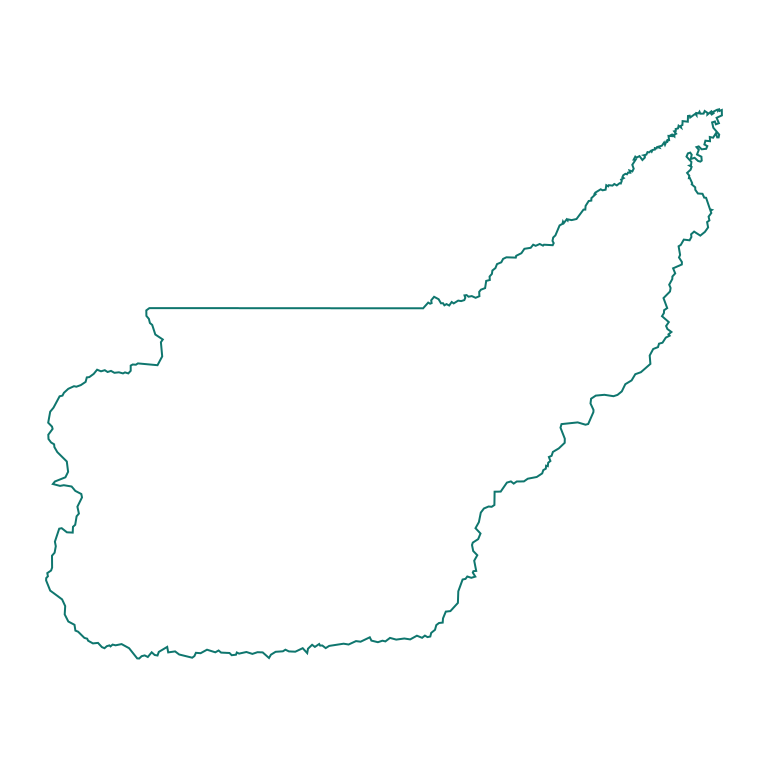 Purus, Ucayali, Peru (Mercator projection)
{"feature_id": "86281439B73301228794049", "entity_name": "Purus", "entity_type": "district", "adm_level": 2, "iso_a3": "PER", "parent_name": "Peru", "parent_adm1": "Ucayali", "projection": "mercator", "projection_center": [-71.206, -10.219], "detail": "fine", "context": "isolated", "style": "outline", "palette": "teal", "viewbox_px": 768, "rotation_deg": 0, "n_neighbors": 0, "source": "geoboundaries", "source_scale": "gbopen_adm2", "svg_char_len": 6061}
<svg xmlns="http://www.w3.org/2000/svg" viewBox="0 0 768 768"><path d="M147.8,657.0L151.7,652.3L154.7,655.0L157.5,655.5L158.8,651.9L167.2,646.9L168.2,652.4L175.1,651.4L179.2,654.5L192.2,657.7L194.4,656.1L195.9,652.8L200.6,653.2L207.0,649.7L215.3,652.3L218.6,650.5L221.1,652.6L229.5,653.0L231.7,655.2L236.0,654.7L236.8,652.5L239.1,653.6L246.4,652.0L252.4,653.9L257.5,652.2L262.7,652.4L269.0,658.0L270.9,654.7L275.6,651.8L282.9,651.3L285.4,649.7L288.9,651.4L295.3,651.7L302.7,648.2L307.2,653.1L308.0,648.7L312.1,644.8L314.9,646.9L319.2,644.0L320.1,645.6L322.3,645.5L325.7,648.1L329.2,645.9L343.6,643.7L348.6,644.5L356.0,641.1L360.6,641.7L369.8,637.3L371.4,640.6L377.9,642.2L382.5,640.7L385.4,641.4L390.0,637.9L396.2,639.6L404.3,638.5L410.2,639.4L416.9,635.7L422.1,637.8L424.9,635.6L427.5,637.1L430.3,636.5L431.2,632.9L435.0,629.8L436.3,625.1L439.0,623.0L442.7,622.6L443.0,618.4L445.8,611.6L450.4,611.1L457.9,602.9L458.3,591.3L462.6,579.5L465.5,578.9L467.3,576.5L471.3,577.8L475.3,576.6L472.8,572.6L473.4,571.2L476.2,570.9L474.2,560.7L477.3,555.2L473.2,551.0L472.0,545.0L472.8,542.6L478.2,539.1L480.5,533.5L475.5,528.2L478.9,522.1L480.8,512.6L483.9,508.5L488.6,506.5L491.7,506.8L494.4,505.0L494.6,491.7L500.7,491.6L506.9,482.6L510.9,481.4L513.7,483.6L516.7,481.5L523.9,481.4L527.8,478.7L536.7,477.0L542.2,473.4L543.3,470.1L545.8,468.7L546.1,465.7L547.8,466.2L548.2,462.7L550.4,461.0L548.9,457.0L551.6,455.8L552.9,451.9L558.8,448.4L564.7,442.8L564.8,438.7L560.5,427.7L561.5,424.1L577.7,422.4L585.5,424.7L588.2,424.0L593.4,412.1L593.5,409.9L590.5,403.5L591.1,398.7L595.8,395.6L604.4,394.8L613.5,396.2L617.5,394.9L621.8,391.4L625.3,384.2L631.6,380.4L635.3,374.2L640.9,372.2L650.4,363.9L649.7,355.5L653.2,349.0L658.0,347.1L659.0,343.7L662.5,342.7L665.8,337.6L669.6,335.7L668.5,334.3L671.4,332.0L667.4,329.0L666.1,326.0L668.8,322.1L662.0,316.2L663.9,313.1L664.1,310.2L667.2,308.1L663.5,298.1L670.0,291.5L670.6,288.0L669.2,284.7L672.3,279.0L672.4,276.5L675.2,273.4L673.1,268.3L681.8,264.5L681.9,262.0L679.0,257.5L680.1,254.9L678.6,246.3L680.8,244.9L683.8,239.6L689.6,240.3L691.4,237.0L691.1,234.3L694.1,231.6L700.3,235.6L704.9,231.9L708.1,227.4L707.1,222.1L709.4,220.4L708.6,216.6L711.3,213.0L710.5,210.8L711.9,209.9L710.0,209.3L706.1,197.8L704.2,197.6L702.5,193.8L697.9,193.5L695.3,189.8L695.2,187.3L691.7,184.3L692.2,183.2L689.8,178.0L688.9,178.1L689.3,175.7L687.1,172.9L690.6,169.7L691.6,166.9L689.5,165.6L691.0,165.2L691.4,161.9L686.5,156.6L687.9,153.4L690.2,152.6L691.7,154.7L690.8,159.0L694.6,157.8L698.1,161.0L700.4,161.6L701.7,160.6L701.4,156.7L697.0,154.5L698.8,149.8L696.5,147.1L698.7,146.4L701.7,149.3L706.2,148.8L707.3,146.1L704.4,144.5L705.4,140.7L710.0,141.2L709.8,137.0L713.1,137.7L715.9,133.3L717.2,137.4L718.6,137.4L719.2,134.6L713.3,127.7L712.1,122.4L714.9,121.5L715.9,124.3L718.9,123.2L716.6,117.8L721.9,115.4L721.8,110.0L719.6,110.9L719.2,109.6L718.2,110.5L718.3,109.5L717.0,109.8L713.2,111.8L713.7,113.1L711.7,114.5L710.8,113.4L712.0,112.1L711.4,111.3L707.4,114.6L707.5,112.9L704.7,111.0L703.6,113.6L700.3,113.7L699.5,111.7L698.5,113.3L696.4,113.0L696.5,115.3L695.3,113.8L690.2,117.5L689.7,115.7L688.0,116.0L687.8,121.7L682.6,121.1L682.4,125.0L680.6,126.0L681.1,127.6L678.6,125.7L678.0,128.4L675.7,129.0L675.8,130.9L674.2,131.3L676.1,133.7L674.4,134.5L674.4,136.4L672.1,134.5L670.9,135.1L671.6,136.1L668.5,135.9L669.1,140.1L667.4,140.0L666.9,141.0L668.1,142.1L666.3,141.6L665.0,144.8L664.1,142.5L661.9,145.7L658.7,146.6L659.4,147.7L657.1,147.1L656.5,148.4L654.9,148.1L654.9,149.5L652.5,150.0L651.7,151.7L651.0,150.8L649.0,152.4L647.5,152.1L646.4,154.6L643.7,155.3L644.9,155.9L644.8,157.6L642.4,160.0L639.5,156.1L636.6,157.6L635.3,156.6L633.7,159.6L635.6,159.7L632.3,164.8L633.7,168.7L632.4,171.1L633.1,171.7L629.5,170.5L630.2,172.7L628.0,172.6L627.0,174.3L625.4,173.8L623.3,175.2L622.4,177.2L623.7,178.1L621.1,179.6L621.8,180.8L620.8,183.5L619.6,183.2L616.8,185.4L614.3,184.0L612.5,185.6L608.8,185.2L608.2,186.3L606.3,185.2L605.6,189.7L602.6,190.3L600.7,189.3L595.3,192.6L594.5,193.9L595.5,194.3L591.4,198.1L591.3,200.6L588.7,201.0L585.6,205.9L585.3,209.6L583.5,209.6L576.5,219.0L571.6,220.1L568.0,219.4L567.7,220.5L566.7,219.3L563.8,223.1L563.0,221.6L562.4,223.9L559.6,225.4L555.4,235.4L553.2,237.5L552.5,240.9L553.7,243.1L552.7,245.2L544.0,244.7L543.0,245.6L539.7,244.0L535.7,245.8L533.2,244.7L530.7,247.8L524.4,248.8L521.4,253.2L516.2,255.8L515.8,257.6L506.4,257.3L503.1,258.9L501.3,262.3L497.0,264.1L495.4,268.1L492.4,270.5L491.9,273.9L489.6,276.5L489.8,280.0L486.2,280.9L485.1,288.1L480.9,289.7L479.2,291.9L479.4,296.2L475.6,297.8L471.8,296.1L468.5,296.7L466.6,295.1L464.5,295.4L465.3,297.8L464.3,300.1L461.1,301.1L458.2,300.6L453.7,303.4L451.7,302.0L449.2,305.5L446.5,304.1L444.4,305.3L443.0,303.2L441.0,303.3L438.6,299.2L434.1,296.8L431.2,300.3L431.6,303.1L430.1,303.7L428.2,302.6L423.1,308.3L149.4,308.1L146.3,310.4L146.4,315.9L148.9,318.9L149.9,323.0L152.2,324.9L155.3,334.5L162.8,339.5L160.9,342.2L162.2,356.4L157.5,365.2L137.9,363.4L135.9,364.7L132.7,364.5L130.7,365.6L130.7,370.8L128.3,373.4L125.0,372.4L123.0,373.4L118.9,372.3L114.4,372.8L111.0,370.9L107.6,372.0L104.8,370.2L101.0,371.3L97.1,369.7L93.7,373.9L89.3,377.1L86.8,377.4L85.6,381.9L80.8,385.1L76.4,386.7L74.0,386.2L68.3,388.8L63.9,392.8L62.5,395.6L59.6,396.3L53.5,407.7L50.2,411.7L48.2,422.7L52.0,426.6L52.6,428.9L48.3,434.7L48.5,439.0L51.1,442.5L54.1,444.3L54.4,447.1L57.3,452.1L66.8,461.5L68.1,471.8L65.4,477.3L54.9,481.5L52.9,484.0L60.0,485.9L63.8,485.2L71.6,486.5L75.3,490.9L81.3,494.0L82.0,497.4L77.4,506.7L78.9,513.6L76.6,516.3L75.2,524.8L73.0,526.8L72.7,532.6L66.9,532.3L61.7,528.2L59.2,528.7L54.9,541.7L55.8,546.2L54.6,552.7L52.0,555.7L52.1,567.6L51.1,570.5L47.3,573.1L47.9,576.3L46.2,578.1L46.1,580.4L50.2,590.6L62.1,599.4L65.2,606.1L64.7,614.4L68.3,621.5L74.5,624.8L75.4,630.6L78.1,631.7L84.4,637.9L87.2,638.7L88.1,640.7L92.9,643.4L98.0,642.9L101.9,647.1L104.5,648.2L106.8,646.2L109.4,645.4L110.5,646.4L112.6,644.6L115.6,645.3L121.6,644.1L129.1,648.2L137.2,658.4L139.2,658.5L141.6,656.2L144.7,655.4L147.8,657.0Z" fill="none" stroke="#0f766e" stroke-width="2"/></svg>